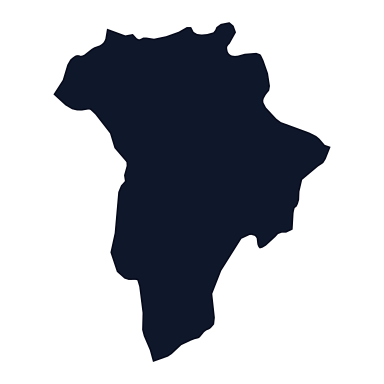 map outline of Guatemala (Mercator projection)
{"feature_id": "GTM-1951", "entity_name": "Guatemala", "entity_type": "Department", "adm_level": 1, "iso_a3": "GTM", "parent_name": "Guatemala", "parent_adm1": "", "projection": "mercator", "projection_center": [-90.486, 14.587], "detail": "fine", "context": "isolated", "style": "filled", "palette": "ink", "viewbox_px": 384, "rotation_deg": 0, "n_neighbors": 0, "source": "natural_earth", "source_scale": "10m", "svg_char_len": 1972}
<svg xmlns="http://www.w3.org/2000/svg" viewBox="0 0 384 384"><path d="M81.8,109.8L77.1,109.7L72.4,108.6L65.9,104.8L54.4,94.3L63.4,80.3L68.0,65.0L70.9,60.0L73.0,58.2L75.1,56.7L76.2,56.1L77.6,55.9L79.0,56.0L80.2,56.6L82.2,56.4L84.6,55.4L92.2,49.4L94.6,48.0L100.0,46.1L102.3,44.6L104.0,43.0L104.9,41.6L105.5,40.4L106.1,38.9L106.3,37.6L107.6,29.7L125.3,36.2L132.6,34.8L136.4,39.0L139.0,40.2L141.1,39.5L143.4,38.3L146.5,38.3L154.0,39.5L166.4,36.9L179.0,32.4L187.0,27.8L190.7,27.8L193.1,32.5L196.8,34.7L201.6,35.3L207.3,34.8L213.8,33.0L215.8,30.5L217.0,27.6L221.1,24.6L229.2,23.0L233.0,26.2L235.2,32.3L229.1,43.2L227.8,44.5L226.4,46.7L226.4,48.7L226.9,51.5L227.7,53.2L228.5,54.3L229.5,55.1L230.5,55.8L231.8,56.3L234.9,56.7L238.0,56.4L244.9,54.5L256.2,53.6L259.8,54.9L260.6,56.0L262.8,60.6L267.3,73.5L269.2,86.0L268.5,90.2L267.9,91.0L267.2,91.8L265.1,94.5L263.1,98.1L262.5,100.5L262.7,102.7L263.2,103.8L265.4,108.0L275.8,119.2L280.4,122.7L309.2,133.3L315.9,136.7L318.9,139.2L324.3,145.5L329.6,147.3L325.1,158.7L322.8,162.4L321.9,163.1L317.6,165.9L301.5,179.4L298.7,191.5L298.4,199.6L297.2,203.7L296.0,206.1L294.0,207.6L293.2,210.8L292.8,213.3L291.9,229.1L286.0,231.9L281.7,231.9L277.6,233.4L274.9,236.4L265.5,245.0L262.2,247.0L260.0,247.6L259.1,246.6L258.6,245.5L258.1,244.2L257.4,238.1L256.4,236.5L255.1,235.2L251.4,234.1L249.3,234.3L240.9,238.2L220.6,270.4L211.5,293.7L214.1,317.6L213.4,324.0L211.0,326.8L210.1,327.7L209.1,328.4L207.9,329.0L206.6,329.4L205.1,330.4L203.5,331.7L199.4,336.7L198.5,337.4L197.2,337.8L194.3,338.5L190.4,340.0L180.9,344.5L171.5,353.3L167.7,355.9L153.5,361.0L150.5,349.9L144.5,335.9L142.9,329.8L143.3,312.9L140.0,286.6L138.0,279.8L136.7,279.3L135.2,279.1L128.8,279.2L124.8,277.9L117.5,271.4L111.2,252.4L115.4,233.2L119.0,192.2L121.6,185.9L125.7,181.3L124.8,175.3L127.4,165.9L127.2,162.1L126.5,161.0L121.7,155.4L115.1,147.7L110.7,133.1L95.8,113.9L90.8,109.2L89.4,108.8L87.9,108.8L81.8,109.8Z" fill="#0f172a" stroke="#020617" stroke-width="1.5"/></svg>